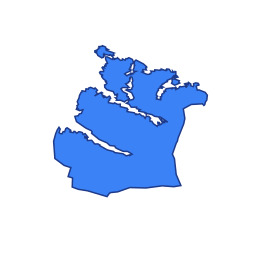 outline of Snillfjord nor, Sør-Trøndelag, Norway, rotated 45°
{"feature_id": "86288312B69677732452167", "entity_name": "Snillfjord nor", "entity_type": "district", "adm_level": 2, "iso_a3": "NOR", "parent_name": "Norway", "parent_adm1": "Sør-Trøndelag", "projection": "orthographic", "projection_center": [9.339, 63.426], "detail": "fine", "context": "isolated", "style": "filled", "palette": "blue", "viewbox_px": 256, "rotation_deg": 45, "n_neighbors": 0, "source": "geoboundaries", "source_scale": "gbopen_adm2", "svg_char_len": 5680}
<svg xmlns="http://www.w3.org/2000/svg" viewBox="0 0 256 256"><g transform="rotate(45 128 128)"><path d="M165.7,58.4L165.8,57.3L164.4,54.9L164.0,52.6L160.9,48.7L157.4,48.2L151.2,50.9L150.3,52.3L146.8,50.3L146.7,49.3L147.8,47.6L147.4,47.1L146.0,46.8L144.0,48.2L143.0,50.3L144.6,51.6L144.8,52.7L142.3,53.8L141.4,52.5L138.6,53.0L140.0,54.8L138.5,55.5L138.3,54.4L137.4,55.7L138.4,55.5L137.3,56.8L140.2,56.7L140.3,58.0L138.6,58.2L136.8,61.0L135.2,62.0L135.7,61.8L135.3,62.3L135.8,63.9L134.6,67.1L133.8,66.5L133.8,65.6L132.8,65.4L132.5,67.1L131.4,67.8L131.4,69.9L130.8,68.6L127.2,73.2L127.5,75.0L128.6,75.4L127.4,76.7L128.6,77.4L128.1,80.2L129.6,82.0L128.8,83.2L130.7,84.1L130.3,84.6L131.0,85.1L127.6,87.3L127.4,86.4L126.5,86.3L126.5,84.6L124.9,84.8L123.7,83.4L122.8,81.0L123.0,79.9L121.7,78.8L122.2,77.1L124.0,75.8L123.3,75.3L124.0,74.2L122.4,74.8L122.0,76.4L121.4,75.8L121.6,73.1L121.2,72.6L121.8,72.0L122.1,69.3L123.1,67.3L122.0,66.7L123.9,61.8L123.4,59.1L124.8,58.5L124.0,58.3L124.7,57.7L125.8,58.3L125.0,59.9L125.5,59.9L127.3,56.7L125.4,56.5L123.9,57.4L123.9,56.2L122.0,54.4L121.2,54.8L121.5,55.4L120.9,56.3L119.5,56.2L120.3,56.8L118.9,57.9L115.5,57.4L113.6,58.9L113.7,59.8L114.5,59.7L114.7,59.9L113.9,60.9L110.2,62.6L110.8,62.8L109.6,64.3L109.8,64.6L105.8,67.9L106.8,69.1L103.9,71.6L105.1,71.9L105.5,73.5L105.1,73.8L105.2,74.9L103.4,76.7L98.3,78.6L99.0,77.1L97.6,77.0L97.2,76.1L100.0,73.9L97.9,73.1L97.8,72.5L98.4,72.0L97.8,71.5L93.5,71.8L85.6,74.3L85.5,76.4L87.3,78.6L88.4,78.8L88.3,79.5L89.8,81.2L90.5,83.4L91.6,83.9L93.5,82.4L92.9,83.9L93.2,84.8L92.6,85.7L93.1,86.4L91.1,87.2L91.2,88.3L92.2,88.3L90.6,90.0L90.4,91.8L87.4,92.1L87.8,89.8L89.6,85.6L89.1,84.8L87.5,85.7L87.0,84.0L87.3,83.5L86.6,83.3L86.3,81.6L84.9,80.9L85.7,79.6L85.6,77.9L82.7,76.4L79.1,77.6L78.6,78.2L78.7,79.3L77.5,80.4L78.0,82.1L75.2,83.1L75.9,84.3L74.9,85.5L70.8,85.8L71.0,86.8L69.7,88.1L70.1,88.5L69.9,89.3L67.6,88.7L68.7,89.6L68.1,90.0L68.3,90.7L63.0,92.4L61.9,93.7L63.5,95.2L67.8,96.8L66.9,98.5L68.4,99.6L67.4,100.2L68.1,100.6L67.7,102.1L68.3,102.2L67.0,102.7L67.0,103.7L69.9,104.3L70.8,105.4L68.5,107.7L68.6,108.8L70.2,109.4L72.5,108.5L73.0,109.0L72.4,109.8L73.1,110.3L75.7,110.7L79.8,110.2L80.1,110.7L79.7,111.2L81.5,111.3L81.6,113.0L81.0,114.1L82.9,115.7L86.2,115.8L91.8,112.7L95.6,113.9L96.5,111.5L97.2,112.1L97.2,113.1L98.2,113.5L98.2,114.7L98.7,115.1L98.1,115.5L99.8,115.5L100.1,116.6L103.2,113.6L107.2,112.0L107.1,110.7L108.1,107.9L107.7,106.9L108.7,106.0L107.3,106.6L106.2,105.7L105.2,106.6L104.1,106.0L104.0,104.9L103.5,104.4L98.8,105.9L95.3,105.3L95.6,103.1L99.3,99.7L99.1,99.1L99.8,98.5L95.1,98.4L96.3,95.5L95.6,94.9L96.2,93.7L94.4,92.0L94.8,91.5L93.8,91.1L93.9,89.7L95.2,89.3L98.1,91.3L98.8,93.2L102.0,95.0L102.6,97.2L103.3,97.8L102.7,99.3L100.2,101.0L99.7,102.6L105.6,100.4L111.0,102.4L111.3,104.4L108.9,107.9L109.9,109.3L109.4,111.6L112.0,110.4L115.6,111.0L119.4,107.2L120.2,108.3L123.6,106.5L123.2,108.0L123.7,108.5L128.6,105.2L129.8,105.8L129.2,105.1L129.9,104.6L131.5,105.7L131.2,104.6L131.7,104.0L135.5,101.6L138.6,100.9L143.4,97.3L151.9,95.7L148.8,97.5L147.8,97.1L149.5,98.1L148.7,98.4L149.2,98.9L147.9,98.9L148.3,99.4L145.9,98.2L144.0,98.9L148.5,99.7L148.9,101.5L148.4,103.0L146.5,101.9L145.0,102.9L145.9,103.7L147.8,103.5L147.0,105.4L147.4,106.2L143.0,107.0L140.0,106.4L138.9,107.7L137.2,106.1L137.1,105.2L134.4,105.1L132.6,106.9L133.3,109.0L130.6,108.6L129.3,109.6L126.1,109.8L125.5,111.4L124.1,112.1L124.2,112.9L121.7,112.8L115.8,117.0L114.7,116.1L115.0,115.1L113.4,114.7L107.4,118.4L105.7,116.6L104.0,118.6L100.7,119.7L100.6,120.9L96.3,123.9L95.1,122.7L95.4,121.4L94.4,120.9L94.9,119.5L93.5,118.7L92.2,118.7L91.6,121.6L90.3,121.7L89.2,123.7L87.9,123.4L88.4,122.2L86.4,122.9L84.6,122.1L85.0,121.3L84.1,121.4L83.8,122.0L84.5,122.1L83.0,123.9L82.8,125.6L82.1,127.0L82.1,128.1L81.9,128.2L82.0,125.4L79.8,124.9L79.7,122.9L76.4,122.9L76.6,124.1L72.8,125.7L71.9,127.7L72.5,128.6L70.6,130.0L72.1,132.1L69.2,134.2L69.9,135.1L69.6,135.9L70.7,139.3L72.1,141.4L73.5,145.3L76.3,146.5L76.1,148.4L77.4,148.9L77.6,149.8L78.9,149.7L78.0,150.6L78.2,151.3L81.5,150.0L83.2,147.0L84.7,150.6L83.6,152.5L84.1,154.5L82.2,157.4L87.0,159.9L98.1,157.9L103.9,155.9L105.3,156.1L106.0,157.5L115.7,156.5L123.5,153.4L127.6,153.2L131.4,150.1L133.1,150.8L135.5,150.1L141.1,147.9L144.4,144.8L149.4,143.6L148.7,146.1L148.2,145.8L146.5,148.9L142.6,149.8L136.1,154.7L134.2,154.9L128.9,158.1L120.4,160.5L120.2,159.9L118.0,160.5L115.8,162.8L111.0,162.4L108.2,165.5L106.9,164.5L103.7,165.7L104.6,164.9L103.6,164.5L106.0,163.7L106.3,162.8L101.7,162.3L100.6,164.3L99.0,163.5L96.7,164.7L95.8,165.6L95.5,167.9L92.8,168.0L92.5,168.9L92.9,169.0L92.4,168.9L92.7,169.8L90.1,171.8L89.3,171.6L89.1,171.0L89.6,170.5L89.0,170.1L84.8,170.9L84.4,172.4L85.9,175.5L84.7,176.4L85.4,178.7L84.3,179.7L82.6,180.1L80.8,176.7L78.7,176.3L79.3,179.3L80.9,183.2L84.8,190.0L97.9,201.3L109.3,199.6L115.6,196.4L120.0,204.7L124.1,202.5L130.3,209.2L136.2,206.5L143.8,201.0L161.7,191.3L161.0,187.4L161.5,185.8L165.9,180.4L171.4,168.8L183.1,157.7L193.1,144.7L201.9,137.1L206.1,131.3L194.9,126.8L182.6,116.9L177.9,115.1L172.9,104.8L172.2,102.3L170.5,99.7L164.5,85.7L161.5,81.1L153.5,75.3L156.1,66.6L163.5,58.3L165.7,58.4ZM65.0,84.9L57.6,88.4L56.9,87.9L58.0,86.7L55.9,87.3L54.9,86.6L51.0,88.2L52.4,87.9L49.9,91.0L51.2,91.5L50.6,92.4L51.1,93.1L50.9,94.6L51.9,96.2L51.3,96.8L50.4,96.0L50.0,96.9L50.9,97.8L53.1,97.2L55.4,98.0L59.8,97.0L60.6,95.5L60.0,94.8L60.2,94.0L58.7,93.4L58.5,92.5L60.0,92.9L60.3,92.3L59.8,92.1L63.6,89.7L63.3,89.2L63.7,88.7L67.5,88.5L65.0,88.0L66.6,86.6L64.8,85.3L65.0,84.9ZM130.9,58.3L126.0,60.6L124.6,62.4L126.4,63.8L127.2,65.6L130.8,64.7L132.8,59.6L131.3,59.7L130.9,58.3Z" fill="#3b82f6" stroke="#1e3a8a" stroke-width="1.5"/></g></svg>